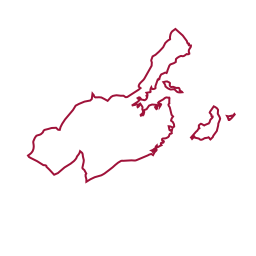 SVG path tracing the border of Veraguas, rotated 236°
{"feature_id": "PAN-1341", "entity_name": "Veraguas", "entity_type": "Province", "adm_level": 1, "iso_a3": "PAN", "parent_name": "Panama", "parent_adm1": "", "projection": "equal_earth", "projection_center": [-81.249, 8.046], "detail": "fine", "context": "isolated", "style": "outline", "palette": "rose", "viewbox_px": 256, "rotation_deg": 236, "n_neighbors": 0, "source": "natural_earth", "source_scale": "10m", "svg_char_len": 5800}
<svg xmlns="http://www.w3.org/2000/svg" viewBox="0 0 256 256"><g transform="rotate(236 128 128)"><path d="M130.6,40.6L134.0,40.1L137.8,39.5L141.5,38.7L142.2,39.1L143.0,38.9L143.8,38.1L144.5,37.1L151.3,34.1L157.9,30.4L159.4,29.7L161.1,29.7L161.1,30.7L161.1,31.0L161.3,33.4L161.6,34.5L162.1,35.9L163.0,37.2L163.6,38.0L165.2,39.4L166.7,40.3L168.2,41.0L169.2,41.5L169.9,42.1L171.7,44.9L172.3,46.2L172.8,47.8L172.3,49.6L171.8,51.0L171.6,52.4L171.9,54.6L172.3,55.5L172.8,56.2L173.0,56.9L173.1,57.7L171.8,61.3L170.7,64.7L168.4,68.5L165.6,69.1L164.6,70.4L166.5,72.6L168.3,75.8L170.3,80.6L173.7,92.5L175.8,97.1L175.4,100.8L174.2,106.7L171.9,112.1L172.3,114.2L176.4,117.8L174.4,118.0L173.6,117.7L172.4,117.7L171.6,118.1L169.6,121.3L168.2,123.0L165.1,124.7L161.9,126.3L163.2,131.4L163.1,133.3L162.2,135.5L161.5,136.9L159.0,139.8L157.2,142.4L155.0,143.2L154.6,143.7L154.1,144.8L153.8,158.1L154.1,160.7L156.2,160.0L157.0,160.5L157.4,161.0L158.1,162.2L158.6,164.0L159.2,167.4L159.7,169.0L166.4,182.4L169.0,184.4L170.8,184.9L171.3,185.3L173.6,188.4L173.3,191.7L174.0,196.7L175.3,202.3L177.6,206.4L178.1,209.1L178.2,210.9L178.0,212.1L178.1,212.6L179.3,213.2L180.1,213.8L181.9,215.6L182.8,217.0L183.4,218.6L183.6,222.7L174.1,225.1L167.2,225.4L165.4,224.8L164.8,224.8L164.3,225.5L163.9,225.7L163.4,225.5L163.0,224.8L162.4,224.8L161.2,226.3L160.2,225.5L158.8,222.4L158.4,221.9L157.7,221.4L157.0,220.9L156.1,220.8L155.3,220.4L155.3,219.6L155.7,218.7L156.1,218.4L156.5,217.9L156.4,215.3L156.5,214.4L156.9,213.5L157.9,212.5L158.2,212.0L158.5,210.4L158.6,208.2L158.3,206.3L156.0,204.5L156.1,202.3L157.0,198.7L156.6,197.2L153.4,192.6L153.1,192.4L152.5,191.6L152.0,190.7L153.1,189.9L153.3,188.9L153.4,187.7L153.7,186.7L153.8,185.3L153.0,183.7L151.9,182.2L151.0,181.4L151.0,180.6L151.6,180.6L151.6,179.8L147.4,174.2L146.6,173.6L145.9,173.3L145.6,172.9L145.7,171.8L146.1,170.8L146.7,170.0L147.6,169.8L148.7,170.1L148.2,169.1L147.3,168.1L146.2,167.3L145.4,167.0L145.3,166.5L146.9,163.0L145.9,163.0L145.1,162.9L144.4,162.6L143.9,162.1L144.2,162.0L144.4,162.0L144.5,161.9L144.5,161.4L142.5,160.8L141.7,159.2L141.7,157.4L142.4,156.6L142.9,156.3L143.3,155.8L143.9,155.2L144.8,155.0L145.9,155.0L146.8,154.8L147.3,154.1L147.4,152.6L146.9,152.6L144.9,154.1L144.3,150.9L144.5,143.7L142.6,148.4L141.3,149.9L140.3,147.7L139.8,147.7L139.9,148.9L140.3,149.9L140.8,150.5L141.5,151.0L141.5,151.8L137.6,151.8L136.8,151.5L135.7,150.4L134.6,150.2L132.4,149.3L132.0,147.5L131.8,145.8L130.2,145.3L131.1,145.8L131.3,146.2L131.4,147.0L130.2,147.5L130.4,148.4L132.0,150.2L133.5,151.2L133.8,151.4L133.6,152.4L133.4,153.2L133.2,153.9L134.8,158.0L134.0,161.1L132.1,163.5L130.2,165.4L129.8,164.4L129.8,163.8L129.9,163.4L130.2,163.0L130.2,162.1L129.0,162.0L127.8,162.1L127.8,163.0L128.7,163.3L129.2,164.0L130.2,166.2L129.0,166.7L128.5,166.7L127.8,166.2L128.4,167.6L129.0,168.6L129.6,168.6L130.7,167.7L132.0,167.0L132.4,168.3L132.0,173.4L132.2,174.8L132.2,175.6L132.0,176.6L131.7,177.2L130.6,178.3L130.2,179.1L129.6,179.1L128.8,178.4L126.0,176.4L125.4,176.2L124.9,174.7L123.8,174.2L121.8,174.2L114.6,171.5L112.3,171.8L111.9,170.5L111.3,169.3L110.6,168.4L110.0,167.8L107.9,168.5L105.4,168.2L103.4,167.1L103.3,165.4L104.1,165.0L105.7,163.9L106.7,162.7L103.2,161.3L102.3,161.7L102.2,163.8L100.2,161.8L99.2,161.4L99.2,160.6L99.7,159.5L99.3,158.6L98.4,157.5L98.0,156.2L98.2,154.3L98.6,153.0L99.8,151.0L99.8,150.2L99.2,149.6L98.6,149.4L97.9,149.6L97.4,150.2L96.8,150.2L96.2,149.4L96.2,148.5L97.0,147.6L97.0,146.8L96.3,146.2L95.0,146.2L95.3,144.4L95.4,142.4L95.9,141.3L97.4,142.1L97.2,141.1L96.8,140.3L95.6,138.9L96.0,138.0L95.9,136.3L96.2,134.9L95.1,135.5L94.6,135.3L94.5,136.9L94.9,138.5L95.0,139.4L94.7,139.8L94.1,139.6L93.6,139.2L93.4,138.6L93.3,137.7L93.0,136.4L91.5,133.6L93.3,132.9L93.7,132.0L94.1,130.6L94.2,129.2L96.5,117.5L96.8,116.3L97.2,115.5L99.3,112.7L103.7,105.3L104.2,104.8L104.3,104.5L104.6,103.9L104.8,100.4L104.5,96.9L104.0,93.3L103.7,88.9L103.4,83.1L103.5,81.3L103.7,79.4L105.8,72.9L106.5,68.2L106.7,63.4L108.9,64.9L111.6,65.8L112.5,66.4L113.1,66.8L113.5,67.9L117.6,68.3L119.8,67.7L120.6,68.0L124.6,72.2L126.1,73.4L129.6,74.7L131.5,75.7L132.5,76.0L133.2,76.0L135.6,75.3L134.2,73.5L133.5,71.7L133.2,70.6L132.8,69.6L132.1,68.7L131.4,67.1L130.8,64.7L130.5,60.4L130.8,53.3L129.8,44.6L130.4,41.7L130.4,41.1L130.6,40.6ZM91.4,203.9L92.4,204.6L95.0,204.3L95.6,205.1L98.0,211.2L96.4,212.1L94.5,212.8L92.7,212.8L89.6,210.4L85.9,210.1L84.2,209.6L83.3,208.5L81.2,205.4L79.6,204.1L75.9,200.0L73.9,194.4L73.2,193.5L73.0,193.0L72.4,189.9L72.7,189.8L74.5,189.8L75.3,189.5L75.3,189.0L76.4,186.4L76.6,186.3L76.8,184.9L76.8,183.9L77.0,182.9L77.4,181.9L78.1,181.3L79.7,180.8L82.2,178.4L83.0,177.8L83.1,178.2L83.7,178.2L83.5,177.3L83.3,175.9L83.1,175.0L83.7,175.0L83.7,175.8L84.3,175.8L84.2,175.2L84.3,175.1L84.6,175.1L84.9,175.0L86.9,182.5L87.0,183.9L87.1,184.1L87.8,185.6L87.9,185.9L87.8,186.8L87.8,187.1L88.1,187.2L88.8,187.0L89.1,187.1L89.8,187.8L90.4,188.1L90.7,188.8L90.8,190.7L90.3,191.2L87.5,192.6L87.5,193.4L86.8,196.8L86.6,197.4L87.2,198.9L88.7,200.8L89.0,201.9L89.2,203.1L89.6,204.2L90.2,204.6L90.8,203.9L91.4,203.9ZM136.2,184.7L137.4,183.9L138.9,183.1L141.5,182.3L142.6,182.8L143.8,183.0L146.3,183.0L145.3,185.5L144.6,186.6L143.6,187.1L142.6,187.7L142.0,187.9L141.2,187.5L140.7,186.9L140.2,186.5L139.6,186.3L138.8,186.3L137.9,186.6L137.5,187.2L137.2,187.9L136.7,188.6L134.3,190.3L133.1,192.2L132.6,192.6L131.8,192.6L131.0,192.4L130.4,192.1L130.2,191.9L127.8,193.0L127.3,193.0L128.1,191.5L128.9,190.3L129.8,189.4L130.9,188.8L134.0,188.2L134.9,187.1L135.5,185.8L136.2,184.7ZM78.9,216.8L79.7,216.3L80.4,216.5L81.3,216.7L82.5,216.8L81.4,217.9L80.2,221.0L79.5,222.4L79.8,223.0L80.1,224.0L79.5,224.0L78.1,218.7L78.3,217.6L77.9,217.0L77.9,216.6L78.3,216.0L78.6,216.0L78.8,216.1L78.9,216.3L78.9,216.8Z" fill="none" stroke="#9f1239" stroke-width="2"/></g></svg>